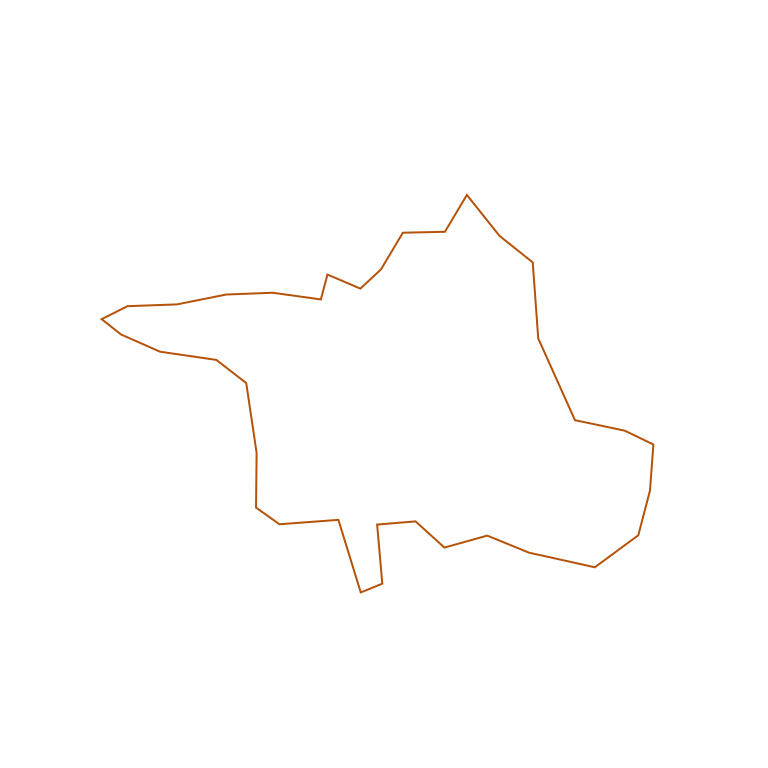 SVG path tracing the border of Dushanbe, rotated 288°
{"feature_id": "TJK-5491", "entity_name": "Dushanbe", "entity_type": "Independent City", "adm_level": 1, "iso_a3": "TJK", "parent_name": "Tajikistan", "parent_adm1": "", "projection": "orthographic", "projection_center": [68.769, 38.564], "detail": "fine", "context": "isolated", "style": "outline", "palette": "amber", "viewbox_px": 768, "rotation_deg": 288, "n_neighbors": 0, "source": "natural_earth", "source_scale": "10m", "svg_char_len": 608}
<svg xmlns="http://www.w3.org/2000/svg" viewBox="0 0 768 768"><g transform="rotate(288 384 384)"><path d="M358.4,95.4L378.7,115.9L395.7,162.4L420.3,206.2L436.4,250.0L444.9,297.8L470.6,296.4L467.4,332.0L492.0,345.7L533.7,355.2L547.6,394.9L589.4,404.4L560.5,448.2L545.6,487.9L475.0,516.6L408.6,576.8L414.0,627.4L409.7,658.9L364.8,669.9L318.7,672.6L274.8,641.1L268.4,574.1L271.7,529.0L247.1,492.0L263.1,456.5L248.2,420.9L193.6,444.1L178.6,426.3L240.7,382.6L218.3,327.9L226.9,300.5L279.2,284.1L342.3,252.7L355.1,217.1L345.5,161.1L349.8,118.7L358.4,95.4Z" fill="none" stroke="#b45309" stroke-width="2"/></g></svg>